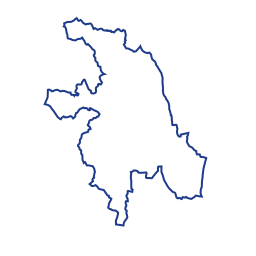 Lac Thuy, Hòa Bình, Vietnam (Mercator projection), rotated 12°
{"feature_id": "81297802B25708049906691", "entity_name": "Lac Thuy", "entity_type": "district", "adm_level": 2, "iso_a3": "VNM", "parent_name": "Vietnam", "parent_adm1": "Hòa Bình", "projection": "mercator", "projection_center": [105.716, 20.495], "detail": "fine", "context": "isolated", "style": "outline", "palette": "blue", "viewbox_px": 256, "rotation_deg": 12, "n_neighbors": 0, "source": "geoboundaries", "source_scale": "gbopen_adm2", "svg_char_len": 5706}
<svg xmlns="http://www.w3.org/2000/svg" viewBox="0 0 256 256"><g transform="rotate(12 128 128)"><path d="M214.4,179.7L212.9,177.5L212.3,175.7L212.2,174.5L212.0,172.6L212.4,170.2L211.4,164.6L211.3,161.9L210.8,158.2L210.3,152.0L210.5,145.8L210.8,141.2L208.6,140.8L205.0,141.1L203.6,138.9L201.0,139.5L200.6,139.1L199.7,137.0L199.6,136.4L197.6,135.9L195.3,134.1L194.2,133.6L191.7,133.0L189.2,130.3L188.3,128.7L188.2,125.6L187.6,124.6L188.0,122.8L188.0,120.3L181.0,123.5L181.2,125.4L180.2,125.7L179.4,125.6L178.9,125.3L177.8,124.1L177.0,122.4L176.7,121.5L176.4,118.0L176.0,117.6L174.9,115.0L174.3,114.8L171.7,115.8L170.7,115.8L169.8,112.4L169.2,111.3L169.1,110.2L168.8,109.8L168.6,108.4L167.9,107.2L167.8,106.6L167.2,106.6L167.1,106.3L166.8,105.3L165.1,101.9L164.3,100.9L163.9,98.2L163.3,97.2L162.8,95.5L160.5,92.7L159.2,91.7L158.3,90.1L156.6,88.8L155.5,87.3L154.7,85.2L154.6,84.3L154.2,83.6L154.0,81.8L152.1,75.6L151.6,72.5L151.0,70.8L150.2,69.5L149.4,67.6L143.5,61.3L142.4,60.5L141.9,59.6L141.7,58.8L140.6,57.4L138.5,56.4L137.2,55.4L136.2,53.6L135.5,51.8L134.5,50.6L133.1,49.8L131.7,50.7L129.0,50.5L126.9,49.8L125.6,48.9L123.5,46.3L123.1,45.5L122.4,46.9L119.9,51.2L118.0,52.2L116.8,51.5L111.6,50.2L109.7,50.5L106.7,47.5L106.8,46.7L107.5,45.7L107.6,45.2L106.8,43.9L107.6,42.6L106.4,41.5L106.7,40.4L106.4,39.4L106.7,37.8L104.7,33.5L102.9,33.1L102.4,34.3L101.7,34.7L100.6,34.5L98.3,33.2L97.5,33.7L97.2,33.5L95.5,35.6L94.9,36.9L94.3,37.5L93.2,37.1L92.7,37.2L91.8,37.6L91.6,37.4L91.3,36.7L90.9,36.4L90.4,36.5L89.4,37.1L88.1,36.7L87.9,37.3L87.5,37.4L86.3,36.9L85.3,37.5L84.4,37.5L83.3,37.4L82.1,36.5L81.4,36.4L80.0,36.7L77.9,38.3L75.0,37.2L73.8,38.3L72.5,36.4L70.5,34.0L70.1,33.7L69.5,33.6L69.0,33.7L67.5,34.5L66.0,34.8L65.2,35.5L64.9,35.5L62.0,34.4L60.8,33.2L59.2,32.2L57.7,33.4L57.3,33.5L54.9,31.2L53.5,32.8L52.7,34.1L51.8,34.7L51.1,35.4L49.7,36.2L46.8,36.8L43.8,38.9L44.5,40.6L44.1,42.0L45.1,42.0L45.4,42.2L46.5,43.4L48.2,47.6L49.5,49.8L49.9,51.5L50.4,52.7L51.5,52.9L54.2,53.0L55.1,53.5L57.9,53.3L58.7,53.0L60.0,51.7L63.4,50.3L64.4,49.1L65.7,50.6L67.2,51.8L68.5,53.8L69.1,54.4L70.1,55.0L70.6,55.1L71.3,54.2L72.8,55.1L73.5,55.8L74.9,56.5L76.9,58.4L78.0,58.6L79.1,59.3L79.5,60.0L80.0,61.8L80.0,63.0L79.4,63.6L79.5,64.2L80.0,65.1L81.6,66.3L81.6,67.4L82.1,68.8L82.4,69.2L84.6,70.4L85.6,73.2L85.9,73.6L88.3,73.9L89.4,77.1L90.4,78.4L92.5,79.9L93.7,80.2L92.6,80.7L90.6,82.3L89.8,83.5L89.8,84.3L90.3,85.8L91.9,87.8L93.0,88.7L92.7,90.5L92.4,91.1L90.4,90.9L89.9,91.2L89.7,91.6L90.0,92.4L89.9,93.0L88.3,95.2L88.4,96.6L89.0,98.1L89.2,98.9L88.9,100.2L88.3,100.7L87.0,101.5L85.2,101.5L84.6,101.2L83.9,99.1L82.8,99.0L81.8,98.5L80.7,97.3L78.9,94.5L77.5,92.8L76.7,91.2L75.7,89.9L75.0,89.8L74.4,90.5L74.2,91.4L73.6,92.4L73.4,94.9L72.4,95.4L70.0,95.7L69.1,96.4L68.9,97.4L69.1,98.6L69.8,99.7L68.9,103.1L69.0,103.6L69.5,104.1L71.6,104.5L72.5,105.0L72.5,105.9L72.0,106.6L71.6,106.7L71.4,106.2L71.2,106.2L69.2,106.7L68.8,107.0L68.7,107.6L68.0,106.9L65.9,107.3L65.1,106.9L64.5,105.3L62.1,105.7L58.3,105.0L56.9,105.2L54.6,106.1L53.7,106.1L51.4,105.3L50.6,105.4L48.4,106.4L47.2,107.4L46.0,107.9L45.6,107.9L44.5,107.1L42.9,106.8L41.7,107.3L43.0,114.7L41.6,122.0L45.1,122.1L47.7,123.2L49.0,124.6L52.0,127.1L56.8,131.8L59.4,133.2L60.5,133.4L61.0,131.9L62.7,130.0L64.0,130.7L65.0,130.3L65.9,130.4L66.6,129.9L68.5,128.9L69.1,128.3L70.4,128.5L71.4,129.3L72.2,130.1L72.4,130.1L74.0,127.8L73.8,126.5L74.1,124.2L74.5,123.9L75.1,123.7L76.8,119.7L80.2,117.2L80.7,117.6L81.4,117.7L83.2,117.1L84.4,117.7L85.3,118.6L86.0,118.7L86.8,118.6L87.0,118.4L87.0,117.8L86.6,116.6L87.3,116.4L90.4,117.5L95.0,118.5L97.3,120.3L96.4,123.1L95.1,123.5L94.6,124.7L94.1,125.1L92.4,125.3L91.7,126.9L91.0,127.5L89.6,128.0L88.7,129.1L88.7,131.2L88.1,133.2L88.1,133.7L90.6,135.1L91.5,136.4L91.6,136.9L90.0,137.5L89.7,137.9L89.8,139.8L89.7,140.1L86.4,141.9L84.7,143.2L84.2,144.1L84.4,147.0L84.1,148.1L83.4,149.5L84.0,152.2L83.7,153.5L82.8,154.8L82.8,156.0L84.4,157.2L85.3,159.1L86.3,159.3L86.8,159.7L87.5,162.6L87.8,163.1L88.9,163.7L89.0,164.7L89.3,165.2L90.2,168.8L91.3,170.0L92.0,171.4L92.8,170.5L93.1,170.3L95.5,173.1L96.1,173.1L97.5,172.7L101.5,172.8L103.2,174.6L104.0,175.9L104.1,176.7L104.8,177.7L104.6,179.6L104.7,181.1L104.5,182.2L105.1,183.1L105.2,183.8L104.1,184.8L104.0,185.5L104.1,186.3L104.9,187.2L102.1,190.8L104.8,192.3L106.6,191.7L108.2,190.6L110.3,191.8L111.6,193.1L112.4,193.6L113.6,193.7L117.2,193.7L121.9,198.2L123.4,198.3L123.8,199.8L126.4,200.6L126.4,201.3L125.2,205.5L125.2,210.1L126.7,210.9L128.6,211.1L129.2,211.5L130.3,211.6L133.3,211.4L135.9,212.8L136.1,214.6L135.9,217.1L136.1,218.1L135.8,218.8L135.4,221.1L136.3,224.8L143.8,224.3L143.7,222.2L143.9,220.5L145.9,215.9L145.7,214.8L145.3,213.9L144.1,211.7L144.0,209.3L142.6,208.4L142.1,207.5L142.1,205.6L142.6,204.5L142.3,203.5L141.5,202.6L141.1,200.4L141.2,200.1L143.1,199.7L142.3,197.2L141.3,196.2L140.5,194.6L141.3,192.3L140.8,190.1L140.9,189.7L141.3,189.5L145.4,189.6L145.3,187.2L144.0,186.8L143.6,185.5L142.1,178.7L141.1,176.1L140.7,172.6L139.9,170.5L141.2,169.9L142.6,168.3L144.3,168.0L146.2,168.2L146.8,168.6L147.0,169.1L147.7,169.5L150.5,169.0L155.1,167.7L155.7,168.6L155.6,170.4L155.8,172.5L156.1,172.8L156.4,173.0L161.5,172.2L162.1,171.8L162.6,170.3L165.1,165.4L166.3,163.7L165.5,160.5L165.6,159.6L165.8,159.3L167.0,159.2L168.7,158.6L169.8,164.0L171.7,166.8L174.0,171.2L174.9,172.3L179.0,176.9L181.1,178.7L185.0,181.2L187.2,181.5L187.8,181.9L189.5,185.2L190.0,185.9L190.7,186.3L191.4,186.5L192.8,185.6L193.2,185.6L194.9,186.4L195.2,186.4L195.5,185.9L195.8,184.3L198.3,184.2L198.5,184.1L198.9,183.4L199.8,183.5L200.6,184.1L202.2,184.1L202.9,184.3L204.9,184.1L205.0,183.8L207.1,181.9L208.4,180.0L212.3,180.0L213.6,179.7L214.4,179.7Z" fill="none" stroke="#1e3a8a" stroke-width="2"/></g></svg>